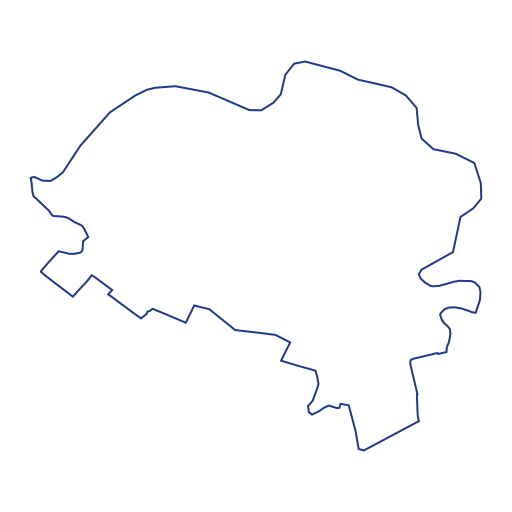 outline of Namoloasa, Galati, Romania
{"feature_id": "2599482B8070137068735", "entity_name": "Namoloasa", "entity_type": "district", "adm_level": 2, "iso_a3": "ROU", "parent_name": "Romania", "parent_adm1": "Galati", "projection": "robinson", "projection_center": [27.591, 45.504], "detail": "fine", "context": "isolated", "style": "outline", "palette": "blue", "viewbox_px": 512, "rotation_deg": 0, "n_neighbors": 0, "source": "geoboundaries", "source_scale": "gbopen_adm2", "svg_char_len": 2939}
<svg xmlns="http://www.w3.org/2000/svg" viewBox="0 0 512 512"><path d="M141.1,318.4L145.6,314.7L146.7,313.8L147.2,312.4L147.6,311.6L147.9,311.4L148.1,311.3L149.2,311.3L149.7,311.0L150.4,310.5L151.7,309.3L152.7,308.8L156.8,310.6L157.3,310.7L160.2,311.9L185.8,322.7L194.2,305.5L209.2,309.2L209.7,309.5L224.4,321.4L235.1,330.0L236.2,330.2L253.9,332.2L274.9,334.8L275.8,335.1L290.2,342.4L285.7,351.4L283.7,355.4L281.1,360.7L298.1,365.8L315.5,370.7L317.2,376.7L318.5,383.9L317.9,386.1L316.6,390.1L314.8,394.9L314.0,396.9L313.3,399.2L312.7,400.7L311.9,401.6L311.1,402.5L308.0,406.2L308.5,409.4L309.0,412.6L311.1,413.7L312.0,414.6L313.3,414.0L318.5,411.5L323.8,407.9L328.4,405.7L329.1,405.6L332.8,406.9L337.5,408.1L338.9,408.0L339.5,407.7L340.1,404.4L340.8,403.9L348.7,405.3L351.1,414.3L355.8,431.9L355.8,432.3L357.3,441.3L358.7,449.0L363.8,450.5L418.9,421.1L417.8,416.4L417.5,411.6L416.9,394.5L417.5,394.3L411.6,369.8L410.9,366.7L410.2,363.1L410.5,360.3L412.7,358.9L431.6,354.4L437.3,353.0L438.2,354.0L446.5,352.0L446.7,348.2L447.6,345.0L448.4,343.5L449.1,341.5L450.4,334.0L449.8,328.8L447.1,325.7L444.2,323.2L443.7,322.5L443.1,321.4L442.9,321.0L442.5,321.2L440.7,316.6L440.2,315.0L440.2,314.0L441.7,312.1L444.7,309.2L446.6,308.4L448.6,307.6L453.3,307.4L454.6,307.3L461.9,308.6L469.6,311.2L471.7,312.2L473.7,312.5L475.7,312.8L477.8,306.4L479.9,300.0L480.5,292.4L479.4,287.1L474.8,282.4L471.1,281.1L459.5,280.8L454.2,281.7L439.1,285.9L432.5,286.3L430.2,285.7L425.0,282.5L420.7,278.6L418.8,274.2L421.6,269.6L453.0,252.1L460.5,216.9L473.1,208.5L477.2,203.6L481.3,198.6L480.8,183.0L474.3,163.0L455.6,153.7L433.4,149.2L421.6,138.6L418.2,125.0L416.6,107.9L405.9,95.5L391.7,87.3L357.9,79.6L340.3,70.8L304.9,61.5L300.3,62.5L294.2,63.7L285.4,74.6L283.2,84.0L280.8,94.3L273.2,102.9L261.2,110.3L249.4,110.1L248.0,109.5L233.6,103.3L216.9,96.1L208.5,92.5L175.3,86.2L154.9,87.8L146.9,89.8L135.1,95.6L109.9,112.4L80.5,145.5L62.9,172.3L57.6,176.6L54.7,178.5L50.6,180.9L42.3,180.6L34.3,176.9L30.7,177.8L31.5,182.4L31.9,186.2L32.4,191.7L33.5,196.2L36.2,198.6L46.8,208.7L48.9,210.6L52.3,215.5L53.7,216.0L56.0,216.2L60.2,216.4L63.4,216.7L65.5,217.1L66.9,217.6L68.4,218.2L70.2,219.3L73.8,221.7L76.0,222.9L80.4,224.8L82.0,225.7L82.7,226.5L84.3,229.0L88.2,237.0L83.0,241.4L82.7,248.4L82.4,250.6L81.2,252.0L80.2,252.6L78.1,253.1L73.6,253.9L69.1,253.8L66.2,253.0L58.5,251.3L58.2,251.7L55.9,254.3L55.2,255.1L52.1,258.4L51.6,259.0L49.9,260.9L49.3,261.5L45.0,266.5L44.7,266.7L41.0,271.3L40.9,271.7L41.1,272.0L42.0,272.7L43.1,273.8L50.0,279.2L50.3,279.4L52.3,281.0L53.3,281.8L63.0,289.1L67.3,292.4L71.3,295.5L72.8,296.6L73.8,295.6L75.9,293.3L77.4,291.5L84.0,284.5L85.5,282.9L87.0,281.3L88.7,279.1L91.5,275.5L91.7,275.3L92.2,275.6L93.8,276.5L95.2,277.5L96.5,278.4L100.4,281.4L103.0,283.2L104.7,284.5L111.7,289.7L112.2,290.0L108.2,294.4L113.6,298.2L120.7,303.6L122.8,305.1L123.6,305.6L132.5,312.3L137.2,315.6L141.1,318.4Z" fill="none" stroke="#1e3a8a" stroke-width="2"/></svg>